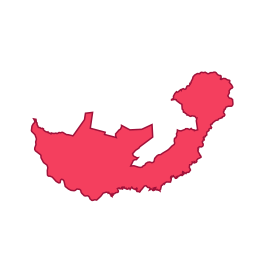 the district of Jussara, Goiás, Brazil, rotated 288°
{"feature_id": "56859067B37096608449564", "entity_name": "Jussara", "entity_type": "district", "adm_level": 2, "iso_a3": "BRA", "parent_name": "Brazil", "parent_adm1": "Goiás", "projection": "mercator", "projection_center": [-51.315, -15.527], "detail": "fine", "context": "isolated", "style": "filled", "palette": "rose", "viewbox_px": 256, "rotation_deg": 288, "n_neighbors": 0, "source": "geoboundaries", "source_scale": "gbopen_adm2", "svg_char_len": 5878}
<svg xmlns="http://www.w3.org/2000/svg" viewBox="0 0 256 256"><g transform="rotate(288 128 128)"><path d="M49.8,120.5L54.7,123.2L58.4,124.5L60.0,126.8L60.3,127.4L60.4,128.7L60.7,129.3L60.0,129.4L60.4,129.9L60.0,130.5L59.8,131.5L59.1,132.0L59.1,132.7L58.2,132.8L57.9,134.0L59.6,133.4L59.0,134.3L59.6,134.6L60.9,134.1L60.9,134.6L61.3,135.5L62.6,136.2L63.6,138.1L64.3,138.5L65.2,138.3L67.1,136.6L68.3,138.0L67.7,138.7L67.6,139.3L68.2,139.8L68.2,141.7L68.9,141.9L68.8,140.9L69.5,140.3L70.0,140.8L70.6,142.8L69.7,143.5L69.6,144.3L70.1,144.9L69.5,145.6L69.8,146.8L71.1,147.4L71.0,148.1L70.2,149.0L72.9,149.8L72.8,150.3L72.1,151.0L71.9,151.6L71.8,152.9L72.4,154.2L73.5,154.9L73.0,155.4L72.3,154.7L71.7,154.5L71.7,155.3L70.7,155.8L70.4,156.4L70.8,157.0L70.7,158.9L71.6,159.3L72.3,159.0L73.2,159.8L77.8,161.5L78.7,162.9L77.6,165.1L77.6,165.8L78.0,166.8L77.7,167.3L76.9,167.8L75.7,167.6L76.2,168.2L77.2,168.5L77.1,169.9L76.4,170.5L76.3,171.2L76.5,171.7L77.3,172.5L77.8,172.1L77.3,171.3L78.0,171.3L78.5,170.8L78.7,171.3L79.2,171.4L79.9,172.8L79.2,172.8L78.1,173.5L77.9,174.2L78.6,175.1L78.1,175.7L78.3,176.8L78.0,177.8L78.7,177.4L79.5,177.9L83.6,177.6L84.8,178.7L86.0,178.9L86.4,179.4L86.0,180.0L87.5,180.3L88.6,181.4L89.7,185.1L91.9,185.1L93.1,184.8L93.5,184.0L94.0,183.9L93.8,184.5L94.3,184.8L94.8,184.0L95.5,184.2L95.2,185.0L96.0,185.3L96.6,185.9L95.9,186.3L95.8,187.5L94.8,188.6L95.2,189.5L96.3,189.2L96.8,189.5L96.0,189.9L96.2,190.4L97.1,190.4L97.6,190.7L98.4,191.7L99.3,192.2L99.3,193.0L100.2,193.0L100.4,193.5L99.8,193.8L99.7,194.3L100.2,194.6L100.6,194.1L101.2,194.2L100.9,194.8L101.2,195.2L101.9,194.5L102.5,194.9L102.4,195.6L102.9,196.0L102.6,197.2L103.8,197.5L104.5,199.2L105.0,199.7L107.3,200.4L107.9,200.0L109.4,198.5L112.1,198.0L112.5,199.4L113.3,199.8L114.4,199.7L115.0,200.5L115.5,200.0L115.6,201.1L115.3,201.6L115.4,202.1L116.4,201.7L116.2,202.8L116.4,203.4L117.4,203.8L118.3,203.2L120.2,203.9L122.3,206.1L123.0,206.5L124.4,205.3L124.4,204.6L125.1,204.3L127.2,202.0L128.4,201.3L128.9,201.7L129.5,201.1L130.5,200.7L130.8,201.4L131.5,201.2L132.3,201.7L132.6,203.5L133.6,204.6L134.9,204.8L136.1,204.4L136.4,203.8L137.8,202.9L138.6,203.3L140.0,203.3L140.6,203.5L140.4,204.0L141.0,203.9L141.4,203.6L141.8,202.8L142.3,202.6L142.8,202.8L142.9,203.5L143.8,204.3L144.5,204.0L145.7,205.1L147.7,204.3L148.6,204.3L150.6,205.8L151.5,205.4L152.4,205.6L152.9,206.1L153.2,207.2L154.4,207.3L154.7,206.7L156.5,205.5L157.3,205.8L157.7,206.7L159.2,207.0L162.3,209.1L163.4,211.1L164.6,211.3L166.0,213.2L166.7,213.6L166.6,214.1L167.3,214.5L168.0,214.4L168.8,215.7L170.3,216.1L171.2,215.4L171.8,214.3L173.1,213.8L173.8,214.1L175.4,213.8L175.7,214.5L178.2,214.8L179.7,216.7L180.7,219.6L181.1,220.0L182.5,220.5L184.0,220.1L187.4,218.6L188.1,216.7L187.8,215.8L187.9,214.9L189.4,213.0L192.8,213.5L194.5,212.7L195.0,212.8L196.9,213.4L198.1,214.7L199.2,215.0L200.8,213.4L202.7,210.3L204.3,210.3L204.7,209.8L204.5,207.5L205.1,205.4L204.6,203.3L202.9,201.6L202.9,200.9L203.5,200.7L204.4,201.1L206.2,200.4L206.5,199.6L206.2,198.6L206.3,197.3L207.0,195.8L207.8,194.7L208.0,193.7L207.7,192.5L206.9,191.5L206.0,189.0L205.3,188.8L204.5,187.7L204.3,186.8L204.9,184.2L203.9,182.5L203.8,180.9L203.5,180.4L203.0,179.8L201.8,179.5L201.2,177.1L198.9,175.0L196.7,174.1L194.5,174.2L191.5,173.7L190.5,174.0L189.6,173.0L188.7,173.6L188.0,173.2L187.0,173.1L186.4,171.5L185.8,171.1L183.2,171.0L182.3,170.1L182.5,168.4L181.0,166.8L180.3,167.0L180.6,166.2L177.9,164.5L177.2,163.7L177.5,162.9L175.2,161.9L172.2,161.4L171.1,161.9L170.4,161.9L169.5,161.6L168.6,160.6L168.1,160.8L169.7,163.8L169.8,165.2L169.1,165.5L167.5,170.1L167.2,171.9L162.7,173.7L162.5,174.5L160.2,175.9L160.5,176.7L159.6,178.2L159.6,179.0L159.1,179.9L158.5,180.2L158.9,181.1L158.3,183.5L158.6,184.3L159.4,185.0L159.7,187.5L159.7,188.1L158.4,190.0L158.7,190.5L156.0,190.7L147.8,194.8L146.0,191.9L146.7,191.4L146.4,190.5L146.5,189.1L147.1,188.2L145.7,187.2L145.5,186.6L145.8,185.1L145.2,183.1L144.3,182.7L141.6,179.3L141.2,176.9L141.4,175.6L139.2,176.1L137.4,175.9L136.0,176.7L133.5,176.5L132.6,175.5L132.0,175.5L129.7,176.1L128.5,176.9L127.5,177.1L126.6,177.0L124.5,175.4L120.2,173.3L118.7,172.2L114.6,168.6L112.9,167.4L111.9,165.3L110.4,164.1L107.4,162.8L104.1,163.1L103.1,162.5L102.4,161.5L102.4,159.1L101.9,158.5L101.8,157.7L99.6,155.7L98.9,155.8L97.6,155.3L96.6,154.1L95.3,153.6L94.4,152.2L94.0,150.5L93.9,145.3L92.7,142.3L98.7,143.1L99.9,144.2L100.5,145.8L102.9,146.8L102.3,145.6L102.7,144.3L102.9,142.6L103.4,141.5L105.0,140.3L109.0,142.0L112.3,144.6L113.8,145.0L127.0,154.3L138.7,149.8L131.0,141.5L126.8,130.4L128.5,121.0L127.0,121.5L124.4,121.1L123.4,120.1L118.4,118.0L117.6,118.5L116.9,118.5L115.3,119.8L114.6,107.7L116.9,107.6L116.1,92.2L131.9,89.5L128.9,83.0L122.7,84.0L121.9,83.9L103.7,78.2L103.4,77.8L103.5,77.2L103.1,73.1L102.7,71.5L103.7,67.2L103.2,66.0L102.7,65.6L102.4,63.8L101.0,62.6L100.7,61.7L100.9,61.1L99.9,59.4L99.6,57.5L99.0,56.9L99.4,56.6L98.7,56.1L99.0,55.4L98.7,54.9L99.1,53.9L99.0,53.3L99.6,53.0L99.1,52.3L99.1,50.9L99.5,49.4L100.3,47.9L101.1,47.8L101.3,46.6L100.8,45.7L100.7,45.1L101.2,44.1L100.9,43.0L101.2,42.2L102.0,41.7L103.0,40.6L104.7,39.9L105.2,39.0L107.8,37.8L107.5,35.5L106.2,36.9L105.1,37.4L104.2,37.4L102.6,36.6L100.1,36.1L95.8,36.9L95.0,37.5L92.9,41.6L89.8,44.0L88.8,44.4L86.2,44.5L83.8,45.6L80.2,45.5L78.8,45.9L77.7,47.0L75.6,52.9L75.1,53.6L72.8,54.5L69.4,58.0L68.9,58.8L67.8,62.2L67.3,62.8L65.5,64.0L62.6,64.4L59.0,65.7L58.3,66.0L57.8,66.8L57.7,67.6L58.1,68.7L57.9,71.2L55.0,76.2L54.4,79.0L54.9,80.2L55.4,80.3L57.3,80.0L58.1,80.2L58.7,80.7L58.8,82.0L57.9,83.4L53.0,86.4L51.6,90.1L51.1,93.0L51.7,96.1L52.4,97.1L54.2,98.3L54.7,101.0L54.2,102.2L52.4,103.3L51.6,104.3L50.1,107.3L50.2,108.5L51.1,110.4L51.0,111.2L50.5,112.4L48.8,113.9L48.0,115.9L48.3,116.9L49.5,118.5L49.8,120.5ZM102.5,194.9L102.3,194.1L102.6,193.6L103.4,193.5L103.4,194.4L102.5,194.9Z" fill="#f43f5e" stroke="#9f1239" stroke-width="1.5"/></g></svg>